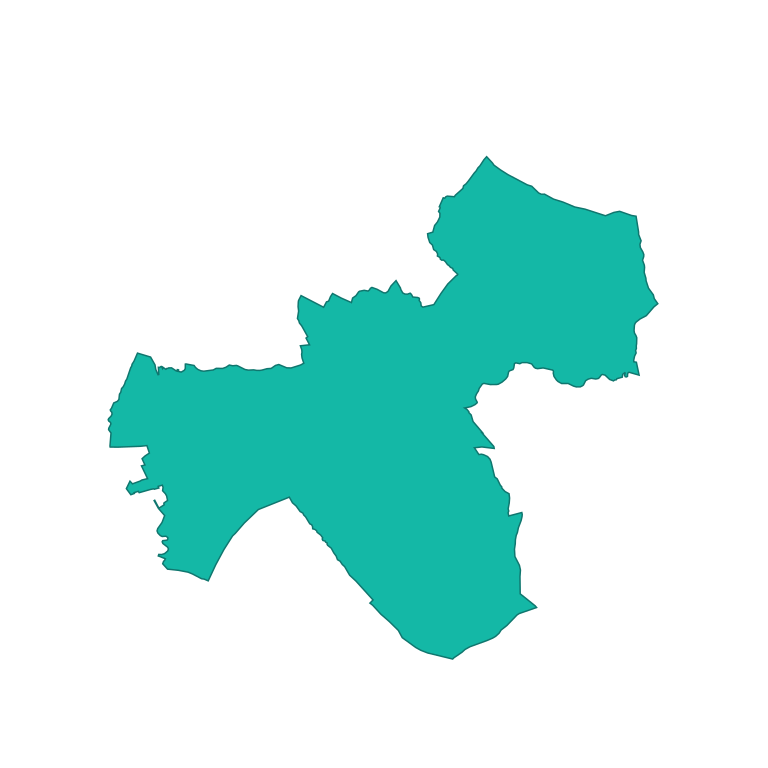 Gherla, Cluj, Romania (Robinson projection), rotated 206°
{"feature_id": "2599482B28872451639658", "entity_name": "Gherla", "entity_type": "district", "adm_level": 2, "iso_a3": "ROU", "parent_name": "Romania", "parent_adm1": "Cluj", "projection": "robinson", "projection_center": [23.886, 47.009], "detail": "fine", "context": "isolated", "style": "filled", "palette": "teal", "viewbox_px": 768, "rotation_deg": 206, "n_neighbors": 0, "source": "geoboundaries", "source_scale": "gbopen_adm2", "svg_char_len": 6171}
<svg xmlns="http://www.w3.org/2000/svg" viewBox="0 0 768 768"><g transform="rotate(206 384 384)"><path d="M391.4,633.3L392.5,629.4L393.4,622.2L394.3,619.5L394.6,615.9L395.4,613.1L397.2,603.2L398.0,599.9L399.4,597.0L398.8,594.4L402.7,584.8L402.8,583.2L409.5,580.6L410.5,579.4L410.9,577.6L412.4,577.3L412.0,567.5L411.1,567.5L410.7,566.9L410.6,563.0L408.6,562.0L407.0,558.5L407.0,553.0L408.0,548.7L406.7,541.9L410.7,538.2L408.7,535.1L404.9,531.2L401.4,530.1L398.3,526.6L395.0,526.1L392.8,524.4L392.1,522.4L389.7,522.3L388.8,521.9L388.1,520.9L386.4,520.6L384.8,521.5L382.5,520.9L379.2,519.1L377.7,519.0L375.4,518.0L372.9,518.0L371.8,516.8L365.8,515.0L365.8,513.8L366.4,513.5L370.5,501.9L372.5,490.3L374.0,477.2L382.8,470.1L384.8,470.5L386.6,473.2L389.0,474.5L389.4,476.0L390.1,476.6L391.7,476.5L396.2,474.8L398.7,476.6L400.3,477.1L402.3,475.0L404.7,474.0L407.1,474.1L410.3,476.3L411.3,477.5L418.5,482.2L420.7,475.2L421.0,469.0L422.4,466.6L424.3,465.8L431.8,466.1L437.2,465.5L438.2,464.0L438.3,462.3L439.0,460.6L442.9,459.5L446.7,456.6L447.2,455.6L447.9,451.1L449.9,447.5L449.0,442.9L459.9,442.5L469.9,442.8L470.4,439.1L470.1,434.2L471.7,432.6L471.9,426.5L497.3,427.1L497.4,421.6L497.0,420.2L495.1,415.8L492.7,412.1L490.5,404.9L488.4,403.6L486.7,401.7L483.5,400.2L473.3,393.1L474.2,391.1L468.1,386.6L475.9,381.7L472.9,378.7L471.6,376.5L471.1,374.6L469.1,371.5L465.2,367.5L467.4,364.4L474.5,357.7L478.5,355.9L487.1,355.4L489.7,353.1L492.2,348.6L495.8,346.5L499.8,343.0L501.5,341.8L504.4,340.4L507.3,339.6L512.0,337.0L515.3,336.1L523.5,336.2L524.8,336.0L527.9,334.1L531.4,333.2L533.3,329.9L535.8,327.3L541.7,324.5L543.6,321.8L551.6,316.5L554.4,315.6L557.9,315.5L560.8,316.3L562.8,317.4L570.8,315.2L571.3,314.8L569.4,310.8L569.4,309.8L569.5,308.8L571.5,305.8L574.3,305.2L574.8,306.6L575.3,306.6L576.1,306.3L575.7,304.8L576.7,304.7L582.0,305.4L584.7,304.0L585.1,303.3L586.0,302.8L586.5,301.6L589.8,302.1L589.4,301.5L589.8,301.4L589.8,300.8L591.5,302.2L592.0,302.1L593.0,300.5L594.1,300.1L590.6,293.8L591.2,293.3L595.6,297.1L598.2,300.8L605.6,305.9L619.1,303.7L618.7,294.9L619.1,291.3L618.6,289.5L618.8,287.6L617.3,275.7L617.6,273.3L617.1,270.3L617.2,267.3L617.9,264.9L617.0,261.2L617.3,258.9L615.5,253.9L616.0,251.6L618.6,248.5L618.3,242.7L618.7,240.8L618.0,240.0L616.3,239.3L615.2,237.7L615.2,235.5L616.3,232.2L616.2,230.9L615.1,230.0L613.4,229.7L612.3,229.0L611.9,227.8L612.0,223.6L611.5,222.2L607.9,220.3L603.1,208.1L602.5,207.3L595.5,210.6L575.7,221.2L570.1,224.7L564.6,219.1L567.3,214.4L568.7,210.8L563.4,206.4L566.1,204.1L555.0,195.3L559.5,191.6L560.6,189.9L566.3,184.0L569.7,185.3L569.7,177.0L563.0,173.5L560.4,176.2L561.0,176.8L557.8,179.8L556.4,179.0L547.6,186.9L545.1,188.8L544.4,188.7L540.8,191.8L542.1,193.0L538.9,195.9L537.3,194.3L536.2,191.0L532.5,189.6L530.3,188.1L527.5,184.4L529.6,180.7L529.4,179.9L528.6,179.1L531.9,173.7L539.1,179.0L539.5,178.4L532.2,173.3L523.5,169.6L522.8,162.3L524.0,154.9L523.6,152.5L521.9,150.9L518.6,149.7L516.5,149.7L513.3,151.6L511.0,151.2L510.3,149.8L510.6,148.5L514.2,146.2L514.2,144.9L512.8,143.7L507.0,142.5L505.5,141.3L505.2,139.2L506.4,136.3L507.1,135.1L509.2,133.2L511.7,132.1L511.5,130.5L503.9,131.1L503.9,129.3L504.4,128.0L504.1,125.4L497.4,122.7L487.2,126.4L477.6,129.0L472.8,129.3L462.6,129.0L460.1,129.8L455.7,130.0L456.0,147.8L455.3,165.1L453.5,181.1L452.2,184.5L448.6,197.9L441.9,216.1L419.5,240.8L414.2,237.1L409.4,235.8L403.5,232.6L400.3,232.4L398.8,231.1L396.2,230.2L389.4,225.8L387.3,225.8L385.7,224.5L384.6,222.6L382.4,223.0L380.3,222.6L379.1,221.4L374.7,220.5L371.7,218.9L371.6,217.6L370.4,216.6L368.0,217.0L367.2,216.3L365.3,216.1L364.8,214.9L363.9,214.3L359.4,213.3L355.1,210.2L351.6,208.4L348.8,205.7L345.8,205.5L342.4,203.5L339.3,202.6L331.1,197.1L322.9,194.6L299.2,185.1L300.6,180.9L297.2,180.2L285.8,175.7L275.0,172.8L263.1,168.8L256.4,164.0L240.0,161.1L234.2,160.8L226.8,161.4L201.7,166.9L201.2,168.5L196.3,177.1L194.8,180.9L191.6,185.5L178.5,199.1L174.9,203.3L173.0,206.2L171.3,210.5L170.9,214.2L167.7,220.8L163.2,234.7L161.9,236.9L148.9,250.0L150.9,250.9L169.6,255.1L177.4,270.6L179.8,276.6L182.8,280.4L190.7,286.3L194.3,292.7L196.0,298.0L197.6,301.6L198.8,305.9L199.0,309.0L200.2,313.7L200.9,321.4L201.8,325.3L202.6,327.4L203.8,328.9L214.0,320.1L216.0,322.6L216.2,324.5L217.7,326.2L219.3,332.0L221.1,336.5L223.5,340.2L228.0,340.4L232.3,342.0L233.1,343.2L235.2,344.1L240.7,348.4L243.8,349.0L253.5,360.8L255.8,362.9L259.1,364.2L263.5,364.1L265.7,363.6L267.8,362.2L274.8,366.3L268.5,370.3L256.7,374.4L257.9,376.0L271.4,381.7L274.6,383.1L274.0,383.4L287.5,389.3L292.1,394.4L295.2,395.5L295.6,396.3L298.3,397.5L301.0,397.8L295.9,401.8L293.2,405.3L292.1,407.7L292.2,408.5L295.1,410.6L296.3,412.4L296.5,415.8L296.1,419.1L296.5,421.8L295.6,427.2L294.4,428.4L288.2,430.1L282.6,432.9L281.2,433.9L278.7,437.5L276.8,441.9L276.2,445.0L277.3,449.5L277.0,450.8L274.4,453.5L274.4,455.4L275.7,459.5L274.8,460.8L270.8,461.8L269.4,463.7L264.7,466.0L260.1,466.8L256.5,464.9L254.8,464.6L252.7,465.1L248.0,468.2L238.6,470.4L237.8,470.2L237.1,469.4L236.6,467.9L234.5,465.3L230.8,463.2L228.6,462.5L224.6,462.3L218.7,465.2L212.7,465.2L209.9,465.7L206.3,467.5L204.9,469.3L204.3,470.5L204.2,475.4L202.6,477.9L200.2,480.0L195.9,481.3L193.9,482.8L193.3,483.9L192.6,487.5L191.9,488.3L189.2,488.9L183.2,487.0L179.1,487.4L178.5,488.6L177.0,489.7L177.0,490.9L172.8,494.6L173.7,497.3L172.5,499.7L172.0,499.5L171.6,497.2L170.3,496.3L169.1,496.7L168.5,497.6L169.6,500.2L169.3,501.6L168.7,502.0L158.6,503.8L166.7,514.2L169.2,513.5L170.0,514.9L171.0,518.9L171.0,522.4L172.6,524.5L172.7,526.5L174.0,528.9L174.6,530.9L177.1,536.4L178.8,538.0L181.2,539.6L182.7,541.7L184.7,546.7L184.9,548.5L184.5,550.3L182.3,554.8L178.2,560.4L175.2,571.6L173.1,576.2L178.5,579.2L181.0,582.2L188.3,586.1L193.7,591.7L195.0,593.9L199.1,598.4L200.9,603.0L202.1,604.9L205.9,608.6L206.4,612.3L207.2,614.2L209.3,616.2L213.4,619.0L215.2,621.7L215.7,625.4L220.7,630.0L221.8,632.2L231.0,645.3L235.3,644.0L247.9,642.5L252.6,639.0L258.7,632.3L279.9,629.3L290.2,626.7L302.6,626.0L312.6,624.5L322.9,625.0L325.9,623.5L328.8,623.5L337.9,626.5L342.6,625.8L364.3,626.5L373.2,627.5L381.1,628.9L383.4,630.2L391.4,633.3Z" fill="#14b8a6" stroke="#0f766e" stroke-width="1.5"/></g></svg>